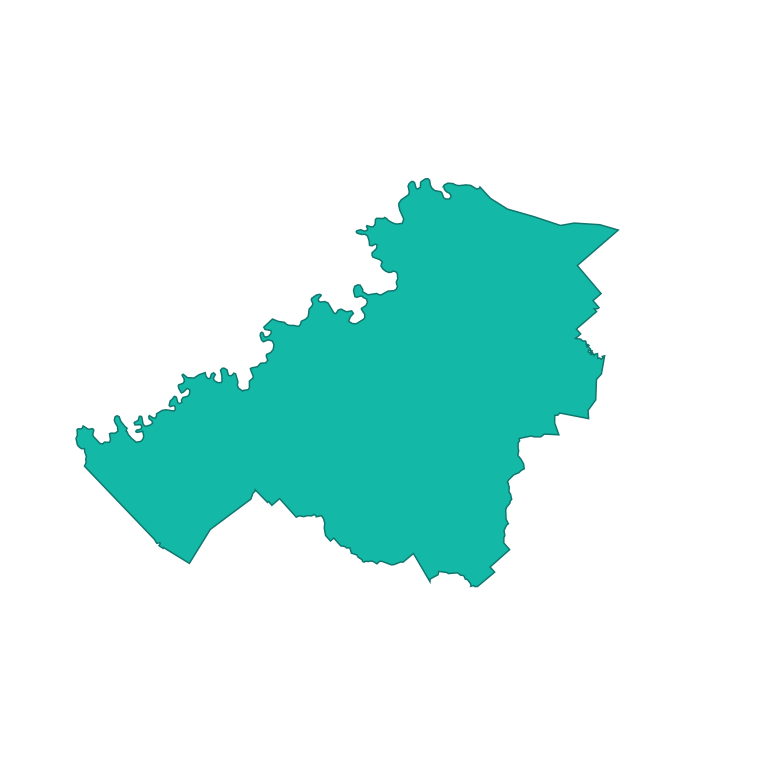 the district of Wodonga, Victoria, Australia, rotated 310°
{"feature_id": "25037944B99055337236234", "entity_name": "Wodonga", "entity_type": "district", "adm_level": 2, "iso_a3": "AUS", "parent_name": "Australia", "parent_adm1": "Victoria", "projection": "orthographic", "projection_center": [146.883, -36.145], "detail": "fine", "context": "isolated", "style": "filled", "palette": "teal", "viewbox_px": 768, "rotation_deg": 310, "n_neighbors": 0, "source": "geoboundaries", "source_scale": "gbopen_adm2", "svg_char_len": 6171}
<svg xmlns="http://www.w3.org/2000/svg" viewBox="0 0 768 768"><g transform="rotate(310 384 384)"><path d="M283.1,246.3L280.7,245.4L276.7,247.1L275.6,246.4L275.0,245.3L275.5,242.7L277.8,239.7L272.3,236.4L266.4,234.6L262.5,229.3L262.4,223.9L261.4,223.5L260.8,223.9L259.6,227.3L257.6,229.4L255.1,229.5L251.5,227.3L250.2,227.7L248.7,229.7L246.9,234.5L248.9,235.5L253.8,236.0L254.5,236.8L254.4,239.4L251.0,241.5L248.4,241.5L244.5,238.7L241.5,239.1L240.0,241.0L237.7,240.1L237.1,238.2L240.4,233.4L240.1,231.7L238.9,231.2L236.9,231.6L233.6,231.1L229.5,233.1L229.2,234.8L231.8,236.3L232.6,238.1L230.4,240.6L228.3,240.5L224.2,233.7L221.3,231.1L215.0,228.9L213.0,230.4L210.6,230.6L209.6,228.8L209.0,224.6L207.9,224.7L206.3,226.5L206.6,229.6L205.4,231.9L202.7,231.5L198.9,229.1L198.0,227.4L198.6,225.0L203.0,219.7L203.0,218.4L201.9,217.4L198.1,219.1L194.4,217.5L193.5,217.7L192.6,219.6L196.3,223.6L195.9,225.6L193.3,226.9L189.8,224.2L188.2,224.3L187.9,225.0L188.5,226.2L192.6,229.6L189.5,233.6L187.0,234.7L183.9,234.7L180.1,231.6L180.1,225.3L181.0,220.3L182.3,217.9L182.0,216.8L185.0,215.5L184.9,212.8L186.2,206.5L188.7,202.1L188.1,199.9L186.0,199.1L183.0,200.6L181.3,203.4L180.1,207.2L176.8,210.5L173.6,209.7L170.6,206.2L169.4,205.7L165.3,210.5L162.7,211.1L159.8,207.2L157.5,207.1L155.9,204.9L157.0,195.2L157.9,193.5L162.2,191.3L162.5,189.5L159.3,186.7L158.5,180.5L155.9,181.2L154.3,180.3L153.2,178.5L151.6,178.3L147.6,182.1L144.4,183.0L140.7,187.7L139.9,189.6L139.8,192.1L140.1,194.1L142.0,196.1L139.7,198.3L137.2,202.6L134.5,204.0L132.4,206.3L128.5,207.4L117.4,308.0L115.9,312.3L118.3,314.3L117.8,315.3L115.5,315.5L116.1,320.4L117.0,320.2L121.5,350.2L160.9,344.4L210.2,356.0L216.0,353.8L218.9,354.1L220.2,353.3L218.4,370.9L219.8,371.0L219.0,376.1L229.1,377.7L225.6,402.4L228.6,403.8L230.8,407.8L234.1,410.1L236.5,413.4L239.1,414.3L239.4,416.6L238.7,417.5L242.9,420.6L241.9,424.4L239.3,428.1L235.2,430.9L230.4,436.6L229.3,443.9L233.7,444.6L232.2,455.0L234.4,458.6L234.3,460.7L236.5,463.1L233.5,467.8L235.6,473.0L234.7,475.6L235.3,479.9L234.4,481.7L234.8,483.2L236.8,484.2L237.9,486.2L239.6,487.3L241.2,490.0L241.7,494.2L245.3,494.6L246.8,496.3L250.2,505.9L252.2,507.8L258.4,511.2L259.7,513.1L273.1,515.5L262.1,546.3L264.2,544.7L272.6,548.0L275.7,546.5L280.1,553.5L280.1,555.1L286.7,561.8L286.7,565.4L288.1,567.5L288.2,569.2L286.8,571.6L287.8,573.7L286.9,577.9L285.8,580.1L284.8,580.5L287.2,582.3L287.2,583.8L289.0,585.8L311.0,589.7L312.0,582.9L337.9,586.7L339.2,578.0L343.3,574.6L345.4,574.1L348.9,570.1L354.6,568.6L356.9,569.1L358.9,564.4L365.6,558.3L368.3,557.1L373.3,557.1L375.8,555.9L377.7,556.0L381.1,551.5L381.6,549.2L385.8,545.9L386.9,543.8L387.9,543.2L388.1,541.6L390.2,541.1L397.7,541.7L402.7,544.3L405.9,544.6L409.2,545.9L412.5,542.3L414.5,537.1L415.3,532.4L419.4,530.1L421.2,527.8L425.1,524.6L427.6,524.4L429.2,522.6L438.9,530.3L440.0,533.0L444.3,538.1L448.7,539.0L457.5,550.6L463.9,539.7L469.8,535.0L471.9,537.2L474.7,537.2L489.0,563.0L494.9,557.3L507.9,556.4L524.1,543.8L531.4,544.1L547.4,534.9L545.4,533.5L544.9,534.9L542.5,534.4L542.6,532.6L541.1,531.3L544.5,528.0L542.6,526.5L541.0,526.6L541.9,523.9L540.3,524.3L539.6,523.3L543.2,522.1L542.9,521.0L540.5,521.6L539.8,520.9L539.9,520.0L541.1,519.0L542.4,520.0L543.6,519.4L543.4,518.2L544.1,516.7L542.8,515.5L543.5,515.1L545.3,516.1L545.3,514.7L544.0,513.9L546.2,511.5L546.4,510.5L545.1,509.4L544.5,507.0L544.9,506.1L542.0,501.4L548.8,502.5L549.7,496.0L576.1,500.3L576.6,496.7L579.0,499.3L580.7,499.7L582.2,490.5L592.8,492.2L599.0,455.9L652.5,464.5L644.8,447.0L629.5,426.2L618.9,417.3L608.8,391.9L597.3,366.0L594.6,346.2L596.6,330.9L595.3,331.3L592.9,329.7L591.9,322.8L589.2,318.8L584.0,313.8L582.6,311.2L581.8,307.9L578.9,303.8L575.4,302.3L573.5,302.5L573.9,302.8L572.3,304.5L571.6,306.4L571.5,308.7L572.2,311.6L571.1,314.7L568.0,315.3L565.4,312.5L565.1,309.8L567.6,305.6L567.8,303.9L564.8,298.5L564.8,294.9L565.9,292.1L569.5,287.8L569.5,285.7L567.8,283.9L563.1,282.4L561.7,282.6L558.1,285.4L555.2,284.5L554.6,283.8L554.8,282.4L557.9,278.0L557.9,276.3L556.7,274.9L553.5,274.5L551.1,275.2L547.5,279.8L545.0,281.2L536.1,278.8L532.1,279.2L530.0,280.8L527.2,284.6L523.1,293.0L518.9,294.8L514.6,290.9L513.1,287.6L512.1,282.6L512.4,279.4L512.0,277.4L510.3,277.1L506.3,271.9L504.5,271.7L500.8,274.5L497.7,274.7L496.3,273.5L494.3,269.1L493.3,269.4L492.3,271.9L490.7,272.2L488.4,270.7L487.3,267.1L484.0,264.7L482.7,264.9L482.3,266.6L484.1,270.6L486.5,273.2L486.8,276.3L484.1,280.6L480.9,283.8L482.3,286.2L485.6,287.4L486.1,289.4L482.7,291.2L476.8,290.5L474.8,292.3L474.1,294.0L476.5,300.6L476.5,303.5L476.0,304.6L474.5,304.7L472.3,306.0L471.4,309.4L471.5,312.6L472.5,316.0L474.3,317.7L476.6,318.6L477.5,320.7L477.2,323.2L473.4,326.9L470.4,327.7L469.1,328.8L467.3,331.7L464.5,332.5L461.8,331.6L457.8,327.4L450.4,324.5L449.3,323.2L448.7,320.3L442.0,314.4L441.0,308.4L442.7,307.0L444.4,302.1L443.0,300.1L440.0,298.8L436.1,300.5L432.3,305.4L432.7,307.2L436.6,309.8L437.2,311.2L436.9,312.4L437.8,316.0L436.0,318.8L432.5,319.7L427.4,318.1L426.6,318.9L425.0,324.4L422.3,326.6L420.4,326.7L412.5,324.1L410.0,321.1L409.3,316.6L413.7,315.1L418.4,315.2L419.2,312.2L415.1,308.7L413.8,303.0L411.3,301.4L407.2,301.9L406.1,300.3L410.1,289.0L409.1,285.6L405.9,282.7L405.5,280.5L407.1,278.9L411.3,279.0L411.8,278.2L411.2,276.9L408.6,275.0L402.9,273.5L401.5,274.5L399.8,277.9L397.5,278.7L393.3,278.5L386.9,282.6L383.2,282.3L378.9,280.3L376.1,281.7L373.1,281.5L370.9,277.3L367.7,273.3L367.0,270.3L367.3,268.2L363.9,262.6L362.1,256.8L350.3,255.4L349.3,257.8L352.1,262.6L351.8,264.0L350.1,264.9L346.7,265.0L344.0,263.5L343.5,261.5L345.3,258.4L345.1,257.0L343.5,256.8L341.5,258.0L339.0,261.8L338.8,264.5L343.4,266.9L345.1,270.9L343.4,274.4L339.3,276.9L335.3,277.0L331.1,275.0L329.4,276.2L327.5,279.7L324.1,279.8L320.6,276.1L316.0,276.0L310.9,272.0L309.7,271.8L305.9,278.8L304.3,279.8L299.7,279.0L294.4,283.5L291.9,283.4L288.9,280.5L287.8,280.4L287.3,275.1L288.8,272.4L291.8,270.7L296.4,263.7L295.7,261.9L293.5,262.1L291.6,261.2L290.7,259.2L293.9,254.7L293.5,251.7L292.3,250.1L289.6,249.8L286.3,254.3L281.8,258.3L280.6,258.4L278.2,255.9L277.5,251.8L278.8,249.6L282.9,248.7L283.1,246.3Z" fill="#14b8a6" stroke="#0f766e" stroke-width="1.5"/></g></svg>